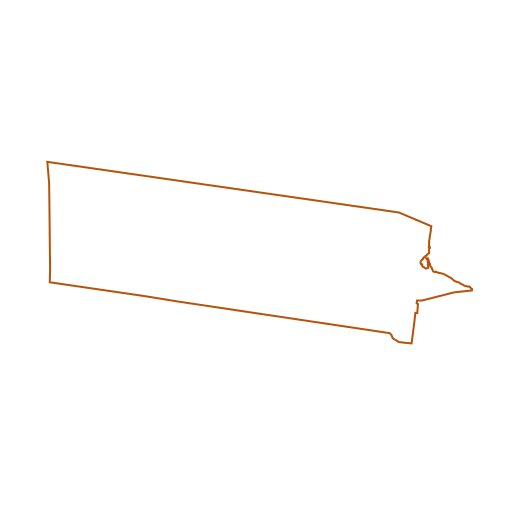 the district of Gagaifomauga II, Gaga'ifomauga, Samoa, rotated 97°
{"feature_id": "51752279B51367049300585", "entity_name": "Gagaifomauga II", "entity_type": "district", "adm_level": 2, "iso_a3": "WSM", "parent_name": "Samoa", "parent_adm1": "Gaga'ifomauga", "projection": "robinson", "projection_center": [-172.418, -13.533], "detail": "fine", "context": "isolated", "style": "outline", "palette": "amber", "viewbox_px": 512, "rotation_deg": 97, "n_neighbors": 0, "source": "geoboundaries", "source_scale": "gbopen_adm2", "svg_char_len": 1426}
<svg xmlns="http://www.w3.org/2000/svg" viewBox="0 0 512 512"><g transform="rotate(97 256 256)"><path d="M309.4,361.0L310.7,327.6L312.8,248.0L316.3,113.9L317.7,112.1L320.3,110.6L321.0,110.3L321.7,108.8L324.0,103.6L324.0,98.9L323.8,90.9L304.4,90.8L300.8,90.8L293.0,90.9L293.0,89.0L284.0,89.4L283.4,90.8L280.5,90.7L280.0,85.9L267.9,54.8L263.9,37.5L262.5,37.4L261.9,38.6L260.5,40.2L260.2,40.8L260.6,41.7L260.3,43.3L260.1,45.7L259.2,47.2L259.0,48.3L258.3,50.0L257.6,51.0L257.4,52.7L256.6,55.9L255.8,57.2L254.2,59.5L253.1,62.3L252.4,63.9L251.0,67.5L250.7,69.3L250.2,74.5L249.6,75.6L250.1,76.2L250.0,77.5L249.9,78.0L249.2,78.7L247.0,79.8L246.4,80.0L245.7,81.0L243.8,82.2L242.9,82.2L242.1,82.9L237.8,84.9L237.3,85.2L237.5,86.1L237.9,86.5L238.9,85.3L241.4,84.7L242.4,84.3L243.6,84.3L246.7,83.6L247.0,84.0L247.7,85.7L247.7,86.3L247.0,87.2L246.3,89.1L246.1,89.2L245.2,90.1L244.3,90.0L243.9,90.4L244.0,91.1L242.9,91.9L241.4,91.8L240.5,91.3L239.7,91.1L239.3,90.4L238.8,90.2L238.4,89.6L237.7,89.8L236.8,89.2L236.5,88.2L236.1,87.8L235.4,87.9L234.9,86.7L233.8,86.5L233.1,85.8L232.3,84.7L231.2,84.4L230.1,84.9L228.7,85.1L227.6,84.9L227.0,84.4L226.3,84.5L226.6,85.3L225.9,85.7L225.0,85.3L224.5,85.5L223.1,85.7L219.6,86.0L218.2,85.9L213.7,85.8L211.0,85.6L205.7,85.7L205.1,85.6L195.4,119.5L188.0,474.6L208.9,470.2L229.6,467.4L250.5,464.6L267.1,462.4L295.6,458.6L307.2,457.5L309.4,361.0Z" fill="none" stroke="#b45309" stroke-width="2"/></g></svg>